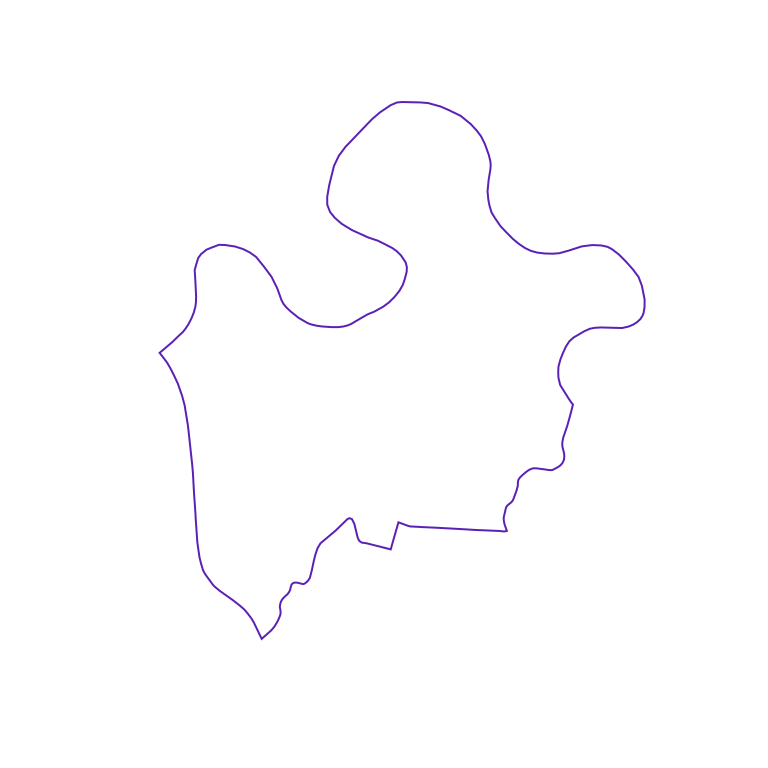 Quan 2, Hồ Chí Minh city, Vietnam (orthographic projection), rotated 109°
{"feature_id": "81297802B76466747653960", "entity_name": "Quan 2", "entity_type": "district", "adm_level": 2, "iso_a3": "VNM", "parent_name": "Vietnam", "parent_adm1": "Hồ Chí Minh city", "projection": "orthographic", "projection_center": [106.758, 10.78], "detail": "fine", "context": "isolated", "style": "outline", "palette": "violet", "viewbox_px": 768, "rotation_deg": 109, "n_neighbors": 0, "source": "geoboundaries", "source_scale": "gbopen_adm2", "svg_char_len": 3946}
<svg xmlns="http://www.w3.org/2000/svg" viewBox="0 0 768 768"><g transform="rotate(109 384 384)"><path d="M145.3,353.6L142.5,354.3L138.9,355.9L138.6,356.1L133.4,359.4L124.4,366.6L118.1,373.0L114.1,379.0L110.0,386.6L105.5,398.8L104.2,409.8L104.1,410.1L103.2,420.7L104.0,433.7L104.7,436.5L106.0,441.5L111.5,458.7L113.6,463.4L118.1,468.4L128.4,476.2L133.7,479.3L137.1,481.3L139.1,482.3L170.1,496.6L172.2,497.6L182.8,501.0L194.1,502.3L214.1,500.5L225.7,498.6L233.0,496.0L239.0,490.9L242.9,484.6L246.3,476.2L248.9,464.5L250.6,446.6L250.5,436.4L251.4,429.6L252.7,420.6L254.2,415.4L256.8,409.9L261.9,403.2L265.9,400.5L270.5,399.1L278.4,398.5L284.3,398.5L291.1,399.8L298.7,402.6L302.3,404.4L305.3,405.9L311.0,409.8L318.8,416.8L323.5,422.2L327.5,425.7L332.5,430.0L338.0,434.7L340.4,437.4L343.0,441.4L345.0,445.5L347.2,451.7L348.2,455.5L349.8,461.4L350.8,466.7L351.3,471.1L351.4,473.6L351.2,476.4L350.3,481.0L349.2,486.4L345.8,495.9L343.5,501.0L341.0,505.1L338.0,508.3L328.4,516.0L319.4,525.1L312.5,535.1L305.5,546.3L303.3,553.8L302.3,561.0L302.5,569.7L304.3,579.4L304.7,580.8L304.9,581.3L306.1,585.3L310.7,590.9L314.8,595.6L320.8,599.3L325.4,600.7L331.4,600.5L337.9,600.1L349.7,595.2L362.3,590.2L367.6,588.5L372.3,587.5L378.2,587.1L384.4,587.4L390.8,588.3L396.7,589.8L400.3,591.1L405.5,593.9L412.7,597.5L427.6,606.3L431.6,600.2L434.6,595.8L438.6,591.2L444.4,585.2L450.7,579.1L460.7,571.2L469.0,565.6L486.5,556.2L490.6,554.2L511.2,544.5L520.2,540.3L520.5,540.1L530.8,535.5L549.3,528.0L561.7,522.7L568.4,519.9L572.4,518.3L594.6,508.9L608.0,502.0L610.6,500.3L614.0,498.1L619.4,494.1L622.1,491.1L626.8,484.3L629.6,480.3L630.6,478.4L633.1,471.8L637.5,456.8L640.6,447.8L642.7,442.7L645.3,438.3L648.7,433.2L652.2,429.1L664.8,416.7L657.6,412.6L653.6,410.4L649.4,408.7L643.4,407.4L639.8,407.0L637.2,406.9L634.7,407.0L631.4,408.4L628.8,409.9L626.4,410.4L624.3,410.6L622.2,410.4L620.5,410.0L617.7,408.8L614.1,406.8L611.5,406.0L610.0,405.8L608.7,405.8L607.1,406.0L605.7,406.1L603.7,406.1L602.5,405.6L601.5,404.8L600.7,403.4L600.1,401.5L599.7,397.2L599.6,395.6L599.0,394.5L597.7,393.4L594.8,391.8L591.6,391.0L589.6,391.1L583.6,391.6L573.9,392.8L568.1,393.3L561.2,393.4L555.3,392.2L538.3,382.0L523.5,374.5L522.1,372.9L522.2,370.3L525.9,366.5L537.8,358.9L540.4,356.3L541.2,353.4L540.3,348.9L538.2,323.8L529.4,324.3L510.1,325.3L510.2,319.3L510.3,314.8L510.1,312.7L509.6,311.0L507.2,302.6L507.2,302.4L503.4,289.6L499.2,274.9L495.0,260.0L492.2,249.9L486.2,229.8L485.4,227.1L484.6,223.4L483.8,221.3L482.9,220.0L477.5,224.3L474.6,226.0L472.6,226.9L471.0,227.4L469.1,227.6L465.7,227.9L463.1,228.2L461.4,228.4L459.4,228.1L457.5,227.1L454.7,225.3L453.1,224.6L451.4,224.2L448.1,224.1L446.0,224.1L443.7,224.0L441.4,224.0L439.0,224.2L436.9,224.3L434.2,225.1L432.6,225.6L431.0,225.7L430.3,225.6L428.4,225.1L426.0,224.0L422.4,221.9L419.9,220.3L417.8,218.7L415.9,216.6L414.9,214.9L414.0,212.1L413.1,207.4L412.3,203.7L411.8,200.7L411.4,199.0L410.5,196.8L407.7,194.0L404.6,191.4L402.6,190.3L400.4,189.5L398.4,189.3L396.7,189.2L394.3,189.8L391.7,190.8L389.1,192.3L386.0,194.4L383.9,195.5L381.3,196.3L378.6,196.8L376.9,197.0L376.5,197.1L374.2,197.1L373.7,197.1L364.1,197.1L355.5,197.6L351.0,197.9L346.0,198.3L341.8,198.7L341.3,199.7L340.0,201.6L338.2,204.0L327.6,217.1L323.8,219.5L321.3,221.1L316.2,223.1L310.8,224.7L303.2,225.2L296.8,224.9L289.4,224.2L283.1,222.6L278.2,219.8L268.8,211.7L264.8,207.4L262.5,203.5L260.0,197.6L253.6,177.2L250.3,171.8L246.9,167.9L243.2,164.9L239.1,162.7L235.3,161.8L232.1,161.7L226.4,162.7L219.0,165.2L207.1,172.2L200.0,178.1L194.7,185.8L189.8,194.5L185.1,204.0L182.3,212.3L181.6,216.9L181.5,217.1L182.3,223.8L184.8,232.3L189.5,241.8L197.9,253.0L203.3,260.9L205.8,266.7L208.3,274.6L208.9,277.4L209.9,282.1L209.9,282.5L210.3,288.4L209.5,295.0L207.5,302.4L204.8,309.5L200.8,317.6L196.8,325.3L191.2,332.8L186.9,338.1L180.9,342.4L177.3,344.5L175.4,345.5L168.2,348.8L157.0,351.5L146.3,353.3L145.3,353.6Z" fill="none" stroke="#5b21b6" stroke-width="2"/></g></svg>